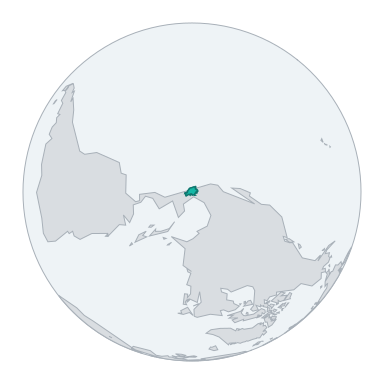 globe centered on Oaxaca, rotated 146°
{"feature_id": "MEX-2723", "entity_name": "Oaxaca", "entity_type": "State", "adm_level": 1, "iso_a3": "MEX", "parent_name": "Mexico", "parent_adm1": "", "projection": "orthographic", "projection_center": [-96.38, 17.163], "detail": "fine", "context": "on_globe", "style": "filled", "palette": "teal", "viewbox_px": 384, "rotation_deg": 146, "n_neighbors": 0, "source": "natural_earth", "source_scale": "10m", "svg_char_len": 10884}
<svg xmlns="http://www.w3.org/2000/svg" viewBox="0 0 384 384"><g transform="rotate(146 192 192)"><circle cx="192" cy="192" r="169" fill="#eef3f6" stroke="#a8b0b8"/><path d="M30.6,242.0L31.0,243.2L31.0,243.3L30.6,242.0ZM244.2,215.5L240.3,214.1L236.8,219.4L223.0,212.4L217.4,202.8L172.1,188.3L166.8,183.2L165.9,174.8L146.7,147.1L156.9,173.1L150.2,168.0L144.1,158.7L146.7,156.5L141.4,143.0L134.9,137.7L131.5,121.1L138.6,101.0L141.2,104.2L142.6,99.4L139.4,95.3L136.9,93.8L137.4,75.7L128.4,66.3L120.7,67.9L126.1,64.4L108.5,71.2L100.6,71.4L112.5,68.6L116.0,66.4L112.0,64.8L114.7,62.3L114.4,60.3L118.0,57.6L124.6,56.7L127.1,55.1L124.2,54.2L125.9,51.3L129.9,52.8L133.3,48.1L145.1,47.0L152.8,55.1L162.3,54.0L177.9,61.7L179.4,59.4L186.3,61.6L190.6,59.9L192.3,62.3L194.3,59.0L191.9,57.2L192.0,55.3L194.3,54.3L196.9,57.0L196.1,57.8L198.0,58.2L198.3,60.0L199.5,58.5L202.3,62.3L202.9,57.3L208.1,59.1L209.0,62.0L204.4,63.4L195.1,75.2L194.6,79.4L198.5,83.5L215.5,87.2L216.9,91.5L222.0,96.1L223.4,92.7L219.8,87.9L223.6,83.2L218.8,78.5L219.7,76.1L216.6,71.0L222.0,70.2L228.8,72.3L231.7,76.6L234.8,77.8L236.1,72.7L245.2,80.4L257.8,85.2L259.6,87.7L256.0,93.6L246.0,95.5L241.4,105.1L249.4,97.5L253.8,104.7L256.6,105.5L259.2,104.6L259.5,101.5L262.0,103.9L255.1,111.8L252.7,109.7L254.9,107.0L250.2,108.3L245.6,114.5L248.2,118.1L238.4,125.3L240.1,128.1L239.0,131.6L236.9,126.4L240.5,136.1L229.4,148.9L234.1,166.6L224.1,153.6L217.3,152.7L209.3,153.7L209.9,156.6L198.5,155.2L189.4,162.0L187.9,176.4L193.3,187.1L205.9,186.8L208.8,180.4L217.5,178.5L213.1,195.4L228.6,196.4L228.1,208.7L232.9,214.5L240.2,212.1L247.9,214.2L252.7,206.5L260.8,201.5L261.7,211.3L265.5,201.6L270.5,205.6L286.0,202.4L285.0,204.8L298.3,213.6L311.3,215.3L314.3,221.5L312.9,226.2L317.1,226.2L317.1,229.0L332.6,227.6L339.3,231.3L338.3,240.9L331.1,254.4L321.1,278.6L307.2,289.8L301.3,299.0L286.3,313.5L278.2,314.7L278.1,319.7L271.6,324.0L265.7,325.4L262.6,329.3L258.1,330.2L259.6,332.0L249.5,337.8L249.1,340.9L241.0,345.0L240.8,346.7L238.8,346.9L235.9,347.9L234.7,348.9L229.8,348.1L231.6,344.0L235.7,341.5L233.1,341.4L242.1,334.6L238.2,336.2L244.2,326.1L252.1,316.7L262.2,288.7L259.9,283.3L248.9,278.0L235.8,257.1L240.2,247.2L237.0,243.0L247.6,228.1L244.2,215.5ZM54.6,163.7L55.5,159.8L56.3,162.7L54.6,163.7ZM55.1,157.2L55.0,158.6L54.9,157.4L55.1,157.2ZM54.4,156.2L54.9,156.9L54.2,156.5L54.4,156.2ZM53.3,155.3L54.0,155.6L53.9,155.7L53.3,155.3ZM234.2,172.8L251.9,179.3L242.8,181.6L244.3,179.8L239.7,176.8L231.3,174.4L223.0,177.1L234.2,172.8ZM52.2,152.8L52.0,152.0L52.6,151.9L52.2,152.8ZM240.1,162.0L237.1,161.7L239.9,161.3L240.1,162.0ZM135.4,93.7L139.1,95.6L141.0,100.5L137.6,99.1L135.4,93.7ZM132.2,85.2L134.7,85.0L132.9,89.6L132.0,88.2L132.2,85.2ZM114.7,70.0L117.1,70.7L113.8,71.0L114.7,70.0ZM113.7,60.5L112.1,61.2L112.6,59.9L113.7,60.5ZM213.9,71.9L215.2,71.5L215.1,72.6L213.9,71.9ZM211.3,70.3L210.2,71.9L208.8,71.4L209.5,70.4L211.3,70.3ZM118.5,54.8L119.8,52.7L119.7,54.6L118.5,54.8ZM213.0,68.4L206.4,70.3L204.0,69.4L204.6,65.0L213.0,68.4ZM121.3,51.5L124.2,47.1L121.0,48.1L131.7,43.3L125.7,48.3L126.0,50.3L123.8,50.1L121.3,51.5ZM190.2,57.1L192.8,59.0L188.5,58.4L190.2,57.1ZM187.4,57.3L174.0,59.2L171.3,56.3L176.3,56.1L171.1,53.4L176.4,50.9L180.4,51.9L181.1,54.1L182.6,51.5L187.4,57.3ZM137.2,41.6L138.9,40.6L138.4,41.6L137.2,41.6ZM191.7,54.5L189.2,55.0L186.7,52.4L191.2,50.9L190.6,52.2L191.7,54.5ZM167.2,54.0L166.1,52.1L170.0,49.5L170.1,48.5L176.3,50.6L167.2,54.0ZM192.3,52.3L193.5,50.3L196.8,50.7L193.9,53.8L192.3,52.3ZM184.2,52.4L183.2,51.2L185.2,51.4L184.2,52.4ZM209.2,51.6L206.3,51.9L204.7,50.5L209.2,51.6ZM193.7,49.6L192.6,49.5L191.7,49.1L193.1,48.0L193.7,49.6ZM178.6,48.8L180.5,48.3L176.3,47.8L179.1,46.1L182.7,47.9L182.3,46.4L183.2,45.9L185.1,48.1L178.6,48.8ZM191.8,45.7L197.3,47.9L203.0,47.4L204.5,48.6L195.1,49.2L191.8,45.7ZM187.7,46.8L190.6,46.3L191.0,47.8L189.4,49.1L187.7,46.8ZM179.7,44.3L174.5,46.4L173.9,46.0L179.7,44.3ZM193.3,45.2L192.0,44.7L193.7,45.0L193.3,45.2ZM183.8,44.2L182.1,44.9L181.4,44.4L183.8,44.2ZM190.7,43.2L192.5,43.9L191.4,44.7L190.7,43.2ZM187.5,43.4L187.0,42.5L190.0,44.6L186.8,43.8L187.5,43.4ZM183.5,43.6L182.5,43.5L184.3,43.3L183.5,43.6ZM193.8,40.0L197.7,42.4L195.4,44.1L191.8,41.5L193.8,40.0ZM237.1,350.0L229.8,348.6L234.3,349.2L239.7,347.1L242.8,348.4L237.1,350.0ZM252.1,344.1L257.1,342.4L257.6,342.6L254.3,344.0L252.1,344.1ZM309.5,70.6L308.5,69.7L313.7,75.7L327.1,92.6L328.8,96.5L327.0,96.9L315.3,83.8L313.0,76.7L308.9,72.7L303.5,69.7L303.3,68.1L300.8,66.2L299.3,63.8L291.6,57.2L289.2,54.8L280.7,49.5L278.3,47.7L284.0,51.2L286.8,52.7L280.7,48.2L290.8,55.0L300.5,62.5L309.5,70.6ZM274.4,44.5L272.4,43.4L272.0,43.2L274.4,44.5ZM268.8,41.5L267.2,40.7L265.0,39.6L268.8,41.5ZM262.3,38.4L265.2,39.9L259.3,37.4L252.4,34.5L251.3,34.3L262.5,39.1L266.3,40.8L268.3,41.5L279.2,47.5L282.6,49.8L274.2,45.7L278.1,48.8L269.8,44.9L244.6,33.1L236.9,30.1L235.8,28.8L237.8,29.4L241.1,30.3L243.7,31.2L245.0,31.6L262.3,38.4ZM232.7,28.0L231.8,27.8L230.9,27.6L232.7,28.0ZM205.3,23.6L203.7,23.5L202.3,23.4L205.3,23.6ZM200.1,23.2L199.8,23.2L199.7,23.2L200.1,23.2ZM194.3,23.1L194.6,23.1L179.3,24.3L171.0,25.0L172.0,24.4L159.2,26.9L150.9,28.5L152.5,28.3L147.4,30.1L149.9,29.6L150.3,29.7L138.4,35.4L134.1,37.0L130.8,40.3L131.6,40.4L134.6,39.3L131.7,43.3L121.0,48.1L119.7,47.6L113.8,51.3L111.8,49.9L107.4,50.9L108.5,48.0L104.9,49.5L103.0,50.8L96.7,54.3L90.2,57.4L103.8,48.7L115.1,45.1L111.2,45.7L114.6,43.9L114.7,43.3L111.7,44.2L109.9,45.3L117.6,40.3L129.7,35.0L142.1,30.6L154.9,27.2L167.9,24.8L181.1,23.4L194.3,23.1ZM360.3,176.8L360.4,181.1L359.0,177.3L352.3,160.4L350.3,149.9L346.1,140.3L329.1,97.3L329.7,96.0L323.2,85.6L330.7,95.6L337.5,106.1L343.4,117.0L348.5,128.4L352.8,140.2L356.2,152.2L358.7,164.4L360.3,176.8ZM339.9,115.9L341.5,118.8L339.9,115.9ZM286.5,202.1L288.5,203.7L286.1,204.2L286.5,202.1ZM242.0,185.8L245.5,185.6L247.5,187.0L244.9,187.8L242.0,185.8ZM270.4,182.0L274.1,182.2L270.4,183.7L270.4,182.0ZM254.6,180.1L267.3,182.2L260.0,186.3L251.9,185.1L257.2,183.5L254.6,180.1ZM239.4,168.0L241.7,168.5L241.3,170.4L239.4,168.0ZM242.1,161.8L241.3,162.1L240.0,160.7L242.1,161.8ZM254.2,104.2L254.8,103.7L257.7,103.4L256.8,104.8L254.2,104.2ZM267.7,95.4L271.6,99.5L268.2,97.4L267.7,99.9L260.1,98.9L260.1,89.0L261.5,93.5L267.7,95.4ZM249.9,95.6L254.8,96.8L249.5,95.9L249.9,95.6ZM288.6,60.1L290.0,60.1L293.3,62.6L296.2,67.0L291.4,63.3L288.6,60.1ZM291.2,59.7L282.0,55.1L279.8,52.6L282.6,54.7L282.1,53.5L286.4,56.6L293.3,59.3L296.7,61.8L300.2,67.7L297.2,64.2L296.0,64.2L291.2,59.7ZM262.4,52.1L258.4,51.3L258.8,46.8L262.5,48.2L265.7,52.3L263.2,53.1L262.4,52.1ZM215.4,60.7L213.8,61.6L213.1,60.7L213.9,59.3L215.4,60.7ZM207.9,51.8L221.5,56.5L220.4,57.6L229.6,59.7L230.3,63.5L224.3,61.9L231.8,66.7L226.6,66.8L232.0,69.8L218.5,65.9L214.2,66.6L218.8,64.3L218.3,60.7L216.7,59.4L209.2,56.3L199.6,56.5L197.5,53.4L198.6,51.2L200.6,50.6L201.3,52.7L203.5,50.5L206.0,53.2L207.9,51.8ZM212.7,33.4L212.7,35.0L217.4,33.2L220.0,34.9L220.4,34.6L224.1,35.9L229.2,37.1L229.7,38.0L231.5,38.1L233.9,39.1L236.6,39.6L238.4,41.6L241.7,42.5L240.7,43.0L245.9,44.0L242.8,44.2L245.7,45.8L247.2,44.8L250.6,56.6L254.4,62.2L259.3,67.0L253.3,67.2L244.8,63.1L236.2,57.5L233.4,52.4L231.2,53.7L229.2,51.7L231.7,51.5L226.6,50.7L225.6,49.1L217.9,45.5L211.0,45.9L208.0,44.9L210.2,43.9L205.7,43.6L207.9,41.2L205.8,40.5L205.8,37.7L211.3,36.7L208.5,36.0L208.4,34.2L212.7,33.4ZM194.0,39.2L200.0,37.1L204.3,37.2L202.4,42.1L204.0,43.1L203.0,46.7L196.7,46.6L197.6,45.5L197.0,44.5L199.2,44.9L197.0,43.8L198.1,42.4L196.7,41.2L199.0,40.8L194.0,39.2ZM318.0,79.5L315.5,76.7L314.4,75.6L314.7,75.8L318.0,79.5ZM310.9,72.0L314.1,75.2L312.8,73.9L310.9,72.0ZM282.7,50.2L281.2,49.1L282.2,49.6L284.4,51.0L282.7,50.2ZM227.4,30.3L226.7,30.7L225.5,30.4L221.0,30.6L218.8,29.6L220.6,29.1L227.4,30.3ZM224.2,29.2L222.6,29.3L222.4,28.8L224.2,29.2ZM216.9,28.9L216.2,28.2L218.0,29.5L216.9,28.9ZM217.0,24.9L219.8,25.4L212.4,24.7L202.7,23.8L211.4,24.4L216.2,24.8L216.5,24.8L217.0,24.9ZM182.4,24.1L182.1,24.6L179.7,24.6L182.4,24.1ZM184.0,24.2L188.3,24.6L186.5,25.0L183.5,24.6L184.0,24.2ZM206.5,25.9L209.2,26.0L209.3,26.4L206.5,25.9ZM30.7,242.3L30.6,242.0L31.0,243.3L30.8,242.6L30.7,242.3ZM137.5,40.7L138.8,40.6L136.9,41.3L137.5,40.7ZM151.8,29.4L152.0,29.7L149.7,30.2L151.8,29.4ZM151.3,30.9L153.6,30.0L151.9,31.0L151.3,30.9ZM158.9,28.3L155.0,29.7L157.5,28.3L158.9,28.3Z" fill="#d9dde1" stroke="#a8b0b8" stroke-width="1"/><path d="M198.4,195.2L197.8,195.0L197.6,194.9L197.1,194.8L196.9,194.8L196.7,194.8L196.7,194.7L197.0,194.7L197.1,194.4L196.9,194.3L196.7,194.4L196.7,194.5L196.4,194.6L196.5,194.5L196.5,194.4L196.4,194.2L196.2,194.2L196.0,194.4L196.0,194.5L195.8,194.5L195.7,194.6L195.8,194.6L196.0,194.7L196.3,194.7L196.2,194.7L196.5,194.7L196.6,194.8L196.4,194.8L196.2,194.8L195.7,194.9L195.4,194.9L195.3,195.0L195.2,195.0L194.9,195.2L194.8,195.3L194.7,195.4L194.7,195.5L194.3,195.6L194.2,195.6L193.9,195.7L193.7,195.8L193.4,195.9L193.2,195.9L193.2,196.0L192.9,196.1L192.7,196.1L192.5,196.3L192.4,196.4L192.1,196.4L191.9,196.3L191.7,196.4L191.3,196.4L191.1,196.3L190.8,196.2L190.7,196.2L190.4,196.1L190.2,196.0L190.1,195.9L189.8,195.7L189.7,195.7L189.4,195.6L189.2,195.6L188.9,195.6L188.7,195.5L188.4,195.5L188.1,195.5L187.9,195.4L187.6,195.2L187.2,194.9L186.9,194.8L187.1,194.8L186.9,194.8L186.9,194.7L186.5,194.6L186.2,194.6L185.9,194.5L185.9,194.4L186.0,194.3L186.3,194.3L186.4,194.2L186.5,194.1L186.4,193.9L186.5,193.7L186.8,193.7L186.7,193.3L186.8,193.3L187.0,193.3L187.1,193.2L187.3,192.8L187.4,192.6L187.4,192.4L187.3,192.2L187.1,192.0L187.0,191.8L186.9,191.8L186.8,191.7L186.7,191.7L186.5,191.4L186.5,191.2L186.4,190.9L186.4,190.7L186.4,190.4L186.4,190.1L186.5,189.9L186.6,189.7L186.7,189.8L186.8,189.8L186.9,189.7L187.0,189.5L187.0,189.4L187.4,189.4L187.7,189.4L187.7,189.6L187.8,189.7L187.8,189.8L188.0,189.7L188.2,189.4L188.0,189.2L188.2,188.6L188.3,188.6L188.5,188.5L188.5,188.8L188.5,189.0L188.8,189.2L188.8,189.4L188.9,189.5L189.0,189.6L189.2,189.3L189.3,189.2L189.6,189.0L189.9,189.1L190.2,189.2L190.3,189.2L190.5,188.9L190.8,188.8L190.9,188.7L191.0,188.4L191.2,188.1L191.3,188.0L191.3,187.9L191.2,187.6L191.4,187.7L191.5,187.8L191.8,187.9L192.0,188.3L192.1,188.5L192.3,188.6L192.4,188.9L192.5,189.0L192.8,189.1L193.0,189.1L193.3,189.1L193.5,189.2L193.6,189.3L193.6,189.5L193.6,189.8L193.4,190.0L193.3,190.3L193.6,190.9L193.8,191.0L194.0,190.9L194.2,191.0L194.2,190.9L194.3,190.9L194.5,190.8L194.5,190.7L194.9,190.6L195.0,190.5L195.0,190.4L195.3,190.3L195.3,190.6L195.2,190.6L195.2,190.8L195.4,191.1L195.6,191.2L195.7,191.3L195.8,191.4L195.9,191.5L196.0,191.8L196.6,191.9L197.3,191.9L199.1,192.0L199.1,192.4L199.0,192.5L199.0,192.8L198.8,192.9L198.6,193.0L198.6,193.3L198.6,193.5L198.4,193.8L198.4,194.0L198.6,194.4L198.6,194.5L198.6,194.8L198.5,195.0L198.4,194.9L198.4,194.7L198.2,194.8L197.9,194.7L197.7,194.6L197.8,194.9L197.9,195.0L198.0,195.0L197.8,194.9L198.0,194.9L198.3,195.0L198.2,195.0L198.4,195.1L198.5,195.1L198.4,195.2Z" fill="#14b8a6" stroke="#0f766e" stroke-width="1.5"/></g></svg>